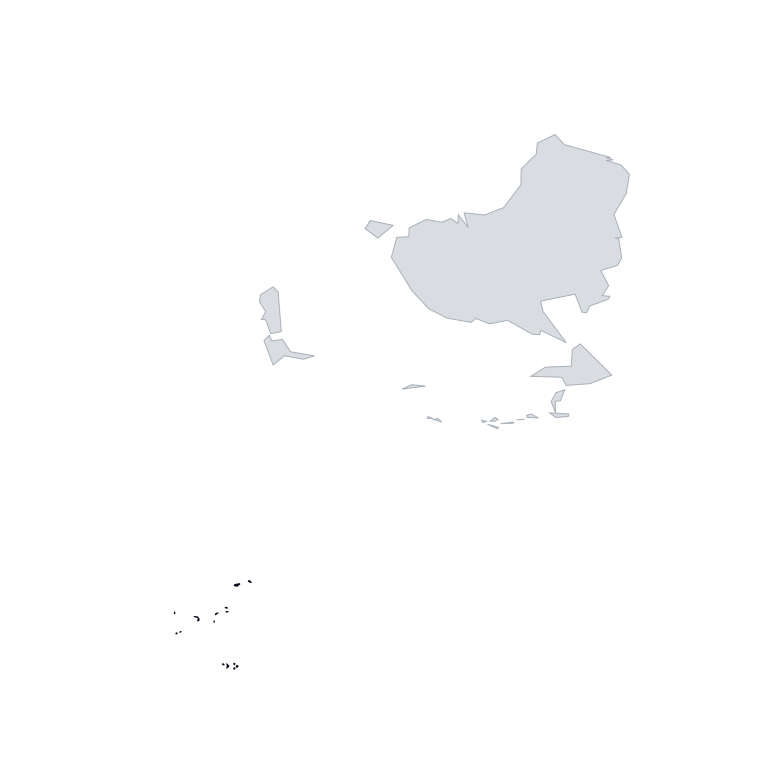 where French Polynesia sits in Oceania, rotated 137°
{"feature_id": "PYF", "entity_name": "French Polynesia", "entity_type": "country or territory", "adm_level": 0, "iso_a3": "PYF", "parent_name": "Oceania", "parent_adm1": "", "projection": "robinson", "projection_center": [-142.778, -14.829], "detail": "fine", "context": "in_parent", "style": "filled", "palette": "ink", "viewbox_px": 768, "rotation_deg": 137, "n_neighbors": 6, "source": "natural_earth", "source_scale": "50m", "svg_char_len": 4272}
<svg xmlns="http://www.w3.org/2000/svg" viewBox="0 0 768 768"><g transform="rotate(137 384 384)"><path d="M211.4,235.2L233.0,243.7L251.8,258.8L249.4,267.7L271.3,289.4L254.5,286.3L234.9,269.3L222.7,280.9L213.1,279.4L211.4,235.2ZM281.3,242.4L282.5,249.9L269.3,236.1L271.0,234.5L281.3,242.4ZM273.6,257.2L264.2,260.4L255.7,256.5L266.5,251.5L270.6,254.6L278.3,245.7L273.6,257.2ZM294.2,253.8L302.0,261.9L301.3,263.8L296.9,261.9L294.2,253.8Z" fill="#d9dde1" stroke="#a8b0b8" stroke-width="1"/><path d="M371.8,325.4L375.7,329.3L373.9,330.2L371.8,325.4ZM372.0,324.4L368.2,322.1L367.7,316.8L372.0,324.4Z" fill="#d9dde1" stroke="#a8b0b8" stroke-width="1"/><path d="M355.0,354.1L374.3,368.0L364.4,364.7L355.0,354.1Z" fill="#d9dde1" stroke="#a8b0b8" stroke-width="1"/><path d="M338.2,288.5L337.1,291.0L334.6,286.8L338.2,288.5ZM331.8,274.0L335.7,284.0L329.7,274.0L331.8,274.0ZM331.7,284.6L325.7,284.0L324.7,280.3L328.7,281.4L331.7,284.6ZM316.2,267.2L325.8,275.5L315.4,267.9L316.2,267.2ZM308.9,265.2L311.3,267.4L305.2,262.3L308.9,265.2Z" fill="#d9dde1" stroke="#a8b0b8" stroke-width="1"/><path d="M452.1,473.5L442.1,497.7L434.6,497.7L436.7,492.1L427.8,485.7L430.4,471.3L415.7,452.0L426.0,457.0L437.6,472.5L452.1,473.5ZM398.7,523.4L423.4,492.4L432.5,498.1L426.8,511.7L429.5,514.9L421.2,517.5L419.2,528.7L413.5,533.5L398.7,530.7L398.7,523.4Z" fill="#d9dde1" stroke="#a8b0b8" stroke-width="1"/><path d="M269.2,493.8L289.0,494.9L291.9,510.6L282.5,512.9L269.2,493.8ZM148.0,436.3L137.0,447.7L115.8,448.3L107.5,455.6L88.7,449.8L88.9,436.2L63.7,394.9L67.0,397.8L63.5,391.5L69.2,396.1L61.5,383.1L61.4,370.2L76.9,358.1L100.2,351.2L110.0,328.9L115.6,333.4L113.1,330.2L124.2,314.2L132.2,311.4L148.0,319.2L152.6,302.7L164.0,299.8L159.1,294.1L162.2,293.1L180.3,300.7L187.2,298.0L190.2,301.4L183.0,319.4L212.9,337.8L218.2,328.8L222.5,290.0L232.8,316.3L236.4,313.8L241.6,319.3L250.2,346.3L265.7,356.0L272.1,369.2L278.3,369.7L292.9,389.1L299.9,408.4L300.0,432.4L292.3,471.6L274.6,482.5L265.4,474.8L259.1,481.0L241.1,475.7L231.4,462.9L222.2,459.4L220.5,451.0L214.2,457.0L215.8,440.9L208.7,454.5L195.1,439.0L176.3,431.4L148.0,436.3Z" fill="#d9dde1" stroke="#a8b0b8" stroke-width="1"/><path d="M629.6,337.7L630.5,338.0L630.6,338.5L630.5,338.8L630.0,338.7L629.8,338.6L629.5,337.9L628.7,338.1L628.1,338.0L627.8,337.2L627.8,336.8L627.9,336.6L628.5,336.3L629.3,336.5L629.6,337.0L629.6,337.7ZM690.8,283.4L691.6,283.7L691.9,283.7L691.6,284.0L690.7,284.2L690.5,284.4L690.1,284.3L689.9,283.9L690.8,283.4ZM684.5,278.0L683.9,278.2L683.6,278.2L683.4,277.6L683.5,277.3L683.6,277.2L684.6,277.3L684.7,277.5L684.7,277.8L684.5,278.0ZM617.2,332.1L616.8,332.0L616.8,331.3L616.9,331.2L617.2,331.4L617.5,332.0L617.2,332.1ZM626.7,336.7L626.5,336.8L626.3,336.7L626.2,336.6L626.1,336.4L626.2,336.2L626.7,336.2L626.9,336.3L626.7,336.7ZM687.6,278.2L687.2,278.3L687.1,277.9L687.3,277.8L687.4,277.7L687.7,277.8L687.9,277.9L687.9,278.1L687.6,278.2ZM684.5,281.5L684.3,281.7L684.1,281.2L684.5,280.9L684.7,281.0L684.5,281.5ZM652.3,328.4L652.3,328.5L652.2,328.5L652.0,328.2L651.9,327.9L651.7,327.5L651.5,327.3L651.5,327.1L651.5,326.7L651.7,327.3L651.9,327.7L652.1,328.1L652.3,328.4ZM680.0,338.8L679.8,338.9L679.7,338.9L679.7,338.6L679.9,338.3L680.0,338.1L680.3,337.8L680.7,337.6L680.9,337.5L681.0,337.6L680.9,337.6L680.2,338.1L679.9,338.4L679.8,338.7L680.0,338.8ZM693.0,288.9L692.7,289.0L692.7,288.3L693.0,288.5L693.1,288.8L693.0,288.9ZM679.8,341.0L679.7,341.1L679.5,340.8L679.1,340.3L679.0,340.2L679.3,340.3L679.5,340.6L679.8,341.0ZM616.9,330.6L616.6,330.6L616.6,330.4L616.6,330.1L616.9,330.3L617.0,330.4L616.9,330.6ZM690.5,285.0L690.1,285.5L690.1,284.9L690.3,284.9L690.5,285.0ZM706.6,343.5L706.3,343.4L706.1,343.2L705.8,343.1L705.6,343.1L705.7,342.9L705.9,343.0L706.1,343.1L706.4,343.3L706.6,343.5ZM654.8,325.2L654.8,325.5L654.7,325.2L654.3,324.7L654.2,324.5L654.4,324.6L654.8,325.2ZM680.7,342.3L680.8,342.6L680.6,342.5L680.2,342.2L680.7,342.3ZM664.4,330.4L664.7,330.7L664.3,330.5L663.8,330.4L664.0,330.3L664.3,330.3L664.4,330.4ZM663.6,330.5L663.4,330.5L662.8,330.1L663.0,330.1L663.4,330.4L663.6,330.5ZM702.6,342.1L702.1,341.6L702.3,341.6L702.6,342.1ZM693.5,359.2L693.3,359.3L693.4,359.1L693.2,358.7L693.4,358.9L693.5,359.2ZM669.9,326.8L669.9,326.4L670.1,326.3L669.9,326.8Z" fill="#0f172a" stroke="#020617" stroke-width="1.5"/></g></svg>